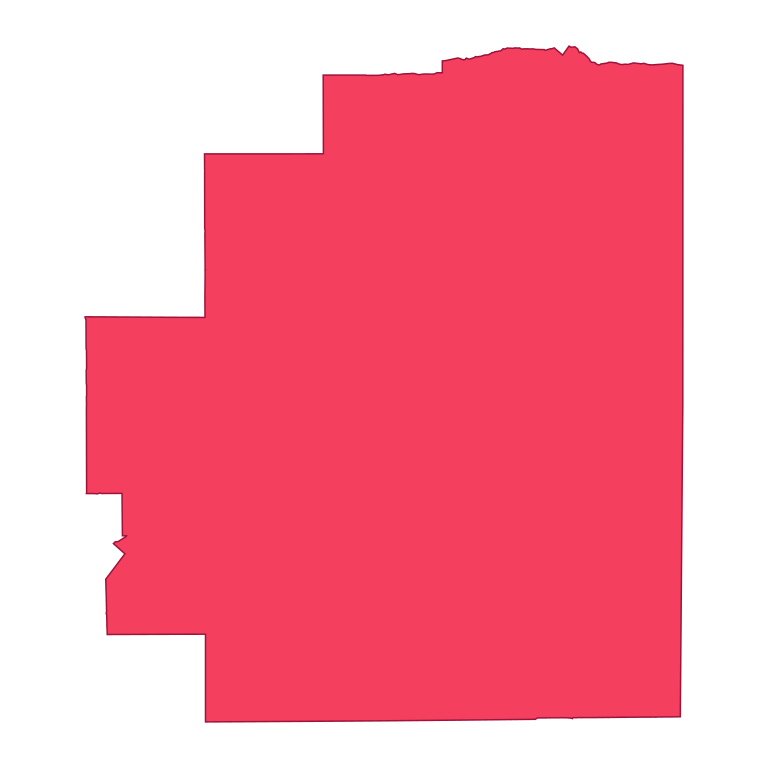 Southern Mallee, South Australia, Australia (Equal Earth projection)
{"feature_id": "25037944B47874528632088", "entity_name": "Southern Mallee", "entity_type": "district", "adm_level": 2, "iso_a3": "AUS", "parent_name": "Australia", "parent_adm1": "South Australia", "projection": "equal_earth", "projection_center": [140.616, -35.367], "detail": "fine", "context": "isolated", "style": "filled", "palette": "rose", "viewbox_px": 768, "rotation_deg": 0, "n_neighbors": 0, "source": "geoboundaries", "source_scale": "gbopen_adm2", "svg_char_len": 5772}
<svg xmlns="http://www.w3.org/2000/svg" viewBox="0 0 768 768"><path d="M682.9,65.3L677.6,64.6L672.4,63.3L669.4,63.4L662.6,64.2L655.7,64.6L652.5,64.9L648.3,64.7L643.9,63.3L641.1,63.8L633.5,62.9L628.2,64.4L624.7,64.2L621.8,64.6L619.2,64.1L616.4,62.9L611.1,62.3L608.9,62.3L607.4,63.0L600.8,64.0L600.0,64.7L598.9,65.0L596.8,64.3L594.8,62.5L591.5,62.2L590.4,61.3L589.4,59.2L587.1,56.6L583.4,53.3L582.5,53.3L580.8,52.0L579.3,52.6L578.3,50.3L577.8,49.8L577.7,49.0L574.9,46.8L572.1,47.2L570.2,47.0L569.8,46.4L569.0,46.1L562.6,55.1L558.8,51.8L557.9,51.1L554.2,47.9L551.6,48.8L550.8,48.7L548.2,49.4L546.9,49.9L545.1,50.3L544.3,49.6L536.1,49.4L532.3,48.8L531.2,49.0L526.8,48.8L523.1,48.9L522.4,49.1L521.3,49.0L520.7,48.5L519.4,47.9L518.7,48.1L514.8,47.9L513.5,48.3L507.7,48.1L507.4,48.0L504.5,49.1L503.2,48.7L500.8,50.8L494.8,51.8L493.7,52.4L491.7,52.7L490.6,53.7L489.4,54.1L488.6,54.7L487.0,55.0L485.3,54.9L484.3,55.2L484.0,55.2L480.3,56.5L478.8,56.5L477.9,56.9L475.5,56.6L474.2,57.6L469.9,59.0L468.6,59.1L466.5,58.1L465.8,58.5L465.3,59.4L464.1,59.8L462.3,59.6L460.3,58.6L457.8,58.0L445.2,60.7L442.3,60.9L442.3,72.8L437.2,72.7L433.8,74.1L424.1,74.0L418.7,74.7L413.8,73.4L413.0,73.6L411.9,73.3L410.7,73.6L403.4,73.9L399.7,74.5L397.5,74.6L395.0,73.5L394.3,73.4L393.2,73.9L392.4,73.8L389.3,74.7L386.5,74.6L385.3,74.2L384.9,74.2L383.6,74.7L382.0,75.0L381.6,74.9L379.8,75.3L366.5,75.4L366.1,75.1L365.8,75.2L364.8,75.1L364.2,75.1L323.2,75.1L323.4,153.8L286.5,153.9L261.9,153.9L232.5,153.9L204.5,153.9L204.6,169.9L204.6,170.0L204.7,170.4L204.7,170.8L204.7,171.7L204.6,172.6L204.6,173.0L204.6,173.9L204.6,174.4L204.6,175.1L204.6,175.6L204.6,176.8L204.8,177.2L204.6,177.4L204.7,228.9L204.8,229.0L205.0,229.5L205.0,230.8L205.1,231.5L205.0,232.0L205.0,232.4L204.9,232.9L204.9,234.1L204.9,234.6L204.9,235.2L204.9,235.5L205.0,252.8L205.1,268.7L205.1,269.0L205.3,269.5L205.2,269.5L205.0,269.9L205.1,271.0L205.1,275.4L204.9,297.2L205.0,317.4L171.8,317.3L139.0,317.1L85.1,316.8L85.1,317.4L85.3,318.1L85.6,318.9L85.9,319.6L86.0,320.1L86.1,349.1L86.5,350.0L86.6,368.8L86.3,369.6L86.3,370.1L86.2,370.6L86.2,371.7L86.3,382.5L86.3,383.3L86.4,384.1L86.6,385.2L86.6,396.2L86.4,396.4L86.5,406.8L86.4,407.1L86.6,492.4L86.6,493.0L86.5,493.3L86.4,493.5L87.4,493.6L88.1,493.6L88.7,493.6L89.2,493.6L89.7,493.6L90.0,493.6L91.2,493.5L91.5,493.5L92.1,493.6L92.7,493.6L93.7,493.6L95.0,493.6L95.4,493.7L96.7,493.8L97.1,493.9L97.5,493.8L98.4,493.5L99.6,493.1L99.8,493.1L100.0,493.1L100.7,493.2L101.1,493.4L101.4,493.5L122.0,493.4L122.4,535.8L126.5,535.8L126.2,536.4L125.8,536.8L125.3,537.1L124.7,537.5L124.3,537.7L118.5,541.3L118.0,541.6L115.2,541.8L113.4,543.6L124.9,553.8L105.9,579.0L105.7,579.2L105.8,580.2L105.8,580.8L105.8,582.4L105.9,583.3L106.0,589.6L106.1,590.4L106.2,595.2L106.3,596.7L106.3,597.4L106.3,598.6L106.3,599.3L106.4,602.9L106.4,603.5L106.4,604.8L106.5,606.8L106.5,608.3L106.6,610.5L106.6,611.8L106.3,612.1L106.3,612.6L106.2,613.9L106.3,614.1L106.7,614.4L106.7,615.0L106.8,617.4L106.8,619.2L106.8,619.7L106.9,621.4L106.9,621.9L106.9,622.2L106.9,623.9L106.9,624.6L106.9,625.3L107.0,627.6L107.1,629.2L107.1,630.0L107.2,633.2L107.2,634.5L161.6,634.3L205.5,634.2L205.5,664.4L205.5,721.9L295.1,721.4L342.3,721.1L384.2,720.8L460.6,720.1L535.5,719.3L536.2,718.7L536.9,718.2L537.4,718.0L537.6,717.9L538.7,717.9L539.8,717.9L540.7,717.9L541.0,717.9L542.2,717.9L542.7,717.9L543.9,717.9L544.5,717.9L545.3,717.9L545.8,717.9L546.2,717.9L546.5,717.9L547.2,717.8L547.9,717.8L548.9,717.8L550.0,717.9L550.9,717.8L552.0,717.8L552.5,717.8L553.6,717.8L554.3,717.8L555.2,717.8L555.6,717.8L556.5,717.8L557.6,717.8L558.6,717.8L559.2,717.8L560.5,717.7L561.6,717.7L562.5,717.8L563.7,717.8L564.0,717.8L565.1,717.7L565.5,717.8L565.9,717.7L566.4,717.8L566.6,717.8L567.1,717.7L567.6,717.8L568.4,718.0L569.2,718.0L570.0,718.0L570.6,718.1L571.5,718.2L572.3,718.6L572.7,718.0L573.1,717.7L573.6,717.7L574.1,717.7L574.5,717.7L575.7,717.7L576.3,717.7L577.0,717.7L578.0,717.6L579.9,717.6L580.6,717.6L580.9,717.6L581.4,717.7L582.3,717.6L583.3,717.6L584.0,717.6L584.5,717.6L586.1,717.6L587.0,717.6L587.5,717.6L588.3,717.6L589.0,717.6L589.7,717.6L590.0,717.6L590.5,717.6L590.9,717.6L591.0,717.6L591.3,717.6L591.6,717.6L591.9,717.6L592.1,717.6L592.5,717.5L593.4,717.6L594.5,717.6L595.8,717.6L596.1,717.5L596.4,717.6L597.1,717.5L597.3,717.5L597.7,717.5L597.9,717.5L598.6,717.5L599.3,717.5L599.5,717.5L600.4,717.5L601.0,717.5L601.8,717.5L602.3,717.5L602.7,717.5L602.9,717.5L603.0,717.5L603.3,717.5L603.7,717.5L603.9,717.4L605.0,717.5L605.4,717.5L606.5,717.4L607.4,717.5L607.7,717.5L608.0,717.5L609.0,717.5L610.0,717.4L610.9,717.4L612.1,717.4L612.6,717.4L613.6,717.4L614.9,717.4L615.3,717.4L616.4,717.4L616.7,717.3L617.5,717.3L618.2,717.3L619.4,717.3L619.6,717.3L619.9,717.3L620.2,717.3L621.1,717.3L621.5,717.2L622.7,717.3L623.9,717.3L624.7,717.3L625.9,717.3L626.2,717.2L626.8,717.2L627.3,717.3L628.4,717.2L628.7,717.2L629.2,717.2L629.9,717.2L630.6,717.2L631.5,717.2L632.0,717.2L633.0,717.2L633.7,717.2L634.1,717.2L635.1,717.2L635.9,717.2L636.7,717.2L636.9,717.2L637.4,717.2L637.7,717.2L637.9,717.2L638.5,717.1L639.0,717.1L639.8,717.1L640.6,717.1L641.6,717.1L642.7,717.1L642.9,717.1L644.2,717.1L644.8,717.1L645.4,717.1L646.6,717.1L647.0,717.1L647.9,717.1L649.0,717.1L649.5,717.1L650.0,717.1L650.4,717.1L651.5,717.1L652.3,717.1L653.0,717.0L653.6,717.0L653.9,717.1L655.8,717.1L656.4,717.1L657.1,717.0L658.5,717.0L661.4,717.0L662.1,717.0L662.6,717.0L663.5,716.9L664.3,716.9L665.4,716.9L666.4,716.9L667.4,716.9L668.6,716.9L669.0,716.9L669.6,716.9L670.0,716.9L670.3,716.9L670.5,716.9L670.8,716.9L672.0,716.9L672.6,716.9L673.6,716.8L674.4,716.9L675.2,716.8L675.7,716.8L676.3,716.8L676.7,716.9L677.7,716.8L678.5,716.8L679.4,716.8L679.9,716.8L680.3,716.8L682.8,403.8L682.8,392.0L682.9,65.3Z" fill="#f43f5e" stroke="#9f1239" stroke-width="1.5"/></svg>